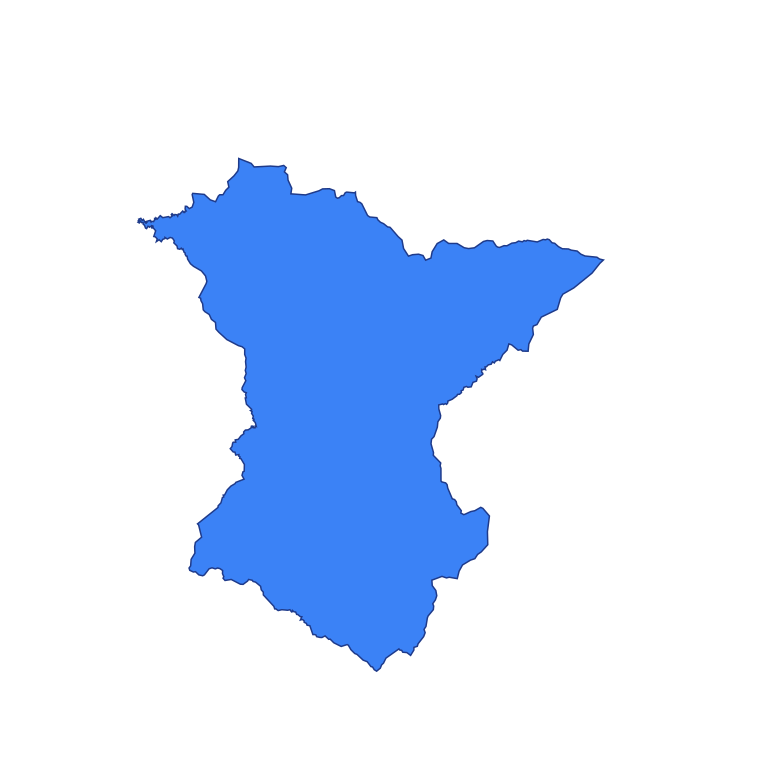 Villanueva, Bolívar, Colombia (orthographic projection), rotated 338°
{"feature_id": "7082276B78136311282892", "entity_name": "Villanueva", "entity_type": "district", "adm_level": 2, "iso_a3": "COL", "parent_name": "Colombia", "parent_adm1": "Bolívar", "projection": "orthographic", "projection_center": [-75.277, 10.445], "detail": "fine", "context": "isolated", "style": "filled", "palette": "blue", "viewbox_px": 768, "rotation_deg": 338, "n_neighbors": 0, "source": "geoboundaries", "source_scale": "gbopen_adm2", "svg_char_len": 6171}
<svg xmlns="http://www.w3.org/2000/svg" viewBox="0 0 768 768"><g transform="rotate(338 384 384)"><path d="M429.4,195.4L428.2,195.7L421.3,192.1L419.8,192.1L417.1,194.1L415.1,193.4L412.3,194.5L410.4,194.3L409.3,192.5L410.5,186.1L406.6,182.5L400.1,180.1L396.1,180.5L382.1,179.3L368.9,172.8L371.8,167.9L371.4,159.0L373.0,153.9L371.1,150.0L374.4,146.8L372.9,143.8L367.5,142.9L360.3,139.4L344.9,134.1L343.5,129.7L333.8,120.5L330.4,128.7L328.3,131.7L322.9,134.8L314.9,137.8L313.9,143.4L309.8,145.1L305.6,148.2L302.5,147.0L300.8,147.7L296.1,151.9L291.9,148.2L288.4,140.9L278.1,135.6L277.1,136.5L275.7,144.3L272.4,148.1L269.2,148.4L267.7,145.4L266.4,144.8L265.1,147.3L265.4,149.5L264.1,149.3L263.6,150.3L262.8,150.1L262.2,148.2L258.2,150.0L257.0,149.4L255.6,151.1L255.3,149.5L253.6,148.5L252.5,149.1L251.3,146.7L250.2,147.3L250.6,148.9L247.9,149.7L247.0,148.1L241.2,146.9L239.6,144.1L235.6,146.1L234.8,144.6L234.1,145.9L233.5,145.8L233.5,143.9L233.1,145.5L231.2,147.1L229.5,146.1L228.7,146.6L228.6,144.7L224.1,144.2L224.7,145.3L223.7,145.8L223.0,145.1L222.6,141.2L221.1,141.8L220.6,139.3L218.4,139.3L218.6,140.4L217.4,140.5L217.4,141.5L216.5,141.8L217.4,143.0L219.1,141.7L219.6,143.5L221.1,144.2L220.6,145.7L221.4,147.1L221.3,150.1L222.1,151.0L224.3,149.3L225.4,150.8L226.3,150.3L227.2,150.8L227.3,152.5L227.8,152.5L228.1,150.3L228.9,150.9L228.5,152.8L229.7,156.4L225.8,161.0L227.1,161.9L228.1,164.5L226.3,166.7L229.5,166.0L230.8,168.6L233.1,167.0L235.2,167.1L235.8,166.0L237.4,168.4L240.6,168.0L242.5,169.5L243.2,172.8L242.0,174.4L243.8,178.5L243.3,181.2L245.2,182.6L246.9,182.1L247.3,183.7L248.2,183.5L248.0,187.0L248.7,188.0L248.2,189.4L248.5,191.3L249.3,191.7L248.7,194.7L249.6,200.0L251.5,203.6L257.1,210.8L259.0,217.0L258.2,222.4L256.8,224.2L244.8,234.4L246.1,235.8L245.5,238.2L245.9,241.6L244.2,247.5L245.0,249.8L248.0,254.1L248.2,259.4L250.8,263.8L248.8,270.2L250.3,274.3L254.9,283.9L263.4,293.9L266.4,296.3L268.0,299.3L265.9,304.4L265.8,308.3L264.0,311.4L262.5,316.7L260.5,319.4L260.1,322.7L257.0,325.9L257.1,329.2L251.2,334.2L250.2,336.0L251.4,339.1L253.1,340.5L251.7,341.8L251.2,345.2L250.1,345.0L248.9,351.2L251.8,357.9L251.4,358.6L250.3,358.6L251.3,360.3L250.2,361.6L250.8,364.8L249.3,366.9L250.2,367.7L250.0,368.6L249.2,368.8L250.2,371.5L249.7,375.6L248.8,374.8L248.1,376.3L246.9,375.9L247.0,374.3L246.4,373.9L246.1,375.1L245.6,375.0L245.1,373.7L244.1,375.0L240.9,375.6L238.2,374.8L235.9,375.9L235.4,377.6L231.9,378.5L228.2,380.7L225.1,380.1L224.7,382.4L222.4,381.5L221.6,382.0L219.6,385.1L217.2,386.4L218.7,390.5L220.3,391.4L219.9,394.3L223.0,395.1L222.3,396.4L223.2,397.6L222.3,398.9L223.4,399.7L224.4,406.3L221.7,412.5L220.3,412.6L218.1,415.5L218.6,419.8L209.8,419.7L208.5,420.6L203.8,421.3L199.1,423.4L194.6,427.2L193.3,426.8L193.1,428.7L191.6,428.8L188.3,433.1L184.6,434.8L183.8,436.3L158.7,443.8L159.3,445.3L157.5,457.7L149.8,460.2L147.5,463.9L145.3,470.0L139.5,474.3L136.6,480.2L134.3,481.6L134.1,484.0L136.8,486.9L138.9,487.4L140.8,491.6L144.1,493.9L146.0,493.7L152.6,489.8L155.7,490.0L158.3,492.2L160.9,492.3L162.8,493.8L164.5,496.5L163.2,499.3L163.3,502.6L162.0,503.8L163.0,506.6L169.1,508.0L175.8,515.8L178.3,517.0L183.7,515.6L185.2,514.5L188.3,516.6L188.6,518.0L190.7,519.6L193.8,525.3L193.1,528.8L194.1,531.8L193.1,534.4L198.6,548.9L198.4,551.6L199.5,552.0L201.0,554.4L204.7,555.0L210.0,557.7L212.2,558.0L212.9,560.7L213.6,560.8L214.3,559.7L215.2,561.5L216.7,562.3L216.7,564.9L217.7,565.4L219.3,568.4L220.6,569.0L218.1,571.5L219.9,571.7L220.7,572.6L221.2,573.7L220.7,575.0L222.4,576.9L222.3,578.8L224.7,580.3L224.2,589.7L226.0,590.4L226.9,591.3L226.9,593.0L229.7,595.0L231.5,595.8L235.0,595.5L237.1,600.0L238.5,600.4L240.5,605.1L246.0,611.3L252.2,611.8L253.1,612.9L253.8,618.0L255.9,622.9L257.7,624.6L261.2,632.2L264.4,635.2L266.0,641.1L267.4,642.1L267.9,645.2L269.6,647.5L274.1,646.1L276.6,643.5L279.0,642.6L283.1,638.9L298.6,635.2L298.9,636.5L300.6,637.6L300.9,639.7L304.6,641.6L307.0,645.6L312.0,641.9L313.1,639.4L316.6,639.7L318.3,637.6L326.1,633.1L329.0,630.0L329.2,626.5L332.1,624.5L336.6,617.1L338.0,615.6L345.2,611.7L346.9,608.5L346.9,606.0L350.8,603.4L353.6,600.1L354.7,594.9L353.2,589.0L354.9,583.8L365.7,584.1L369.3,587.2L372.1,587.6L379.0,591.9L383.5,585.7L389.0,581.2L398.1,579.7L402.8,580.0L406.9,577.1L411.3,576.1L420.0,571.9L424.6,559.6L432.3,545.9L429.1,536.4L427.5,534.6L420.7,535.5L416.7,534.8L410.4,535.1L409.0,535.0L406.9,532.4L408.2,530.4L406.3,523.3L406.9,520.2L406.2,517.6L404.3,516.0L404.1,504.5L404.8,500.9L404.1,498.8L401.0,496.5L400.5,495.3L405.2,483.5L405.4,480.9L407.0,478.5L403.0,468.6L404.2,466.1L405.2,457.0L407.4,453.0L410.7,451.5L417.3,444.0L419.8,439.2L423.4,436.8L424.7,434.5L425.5,427.7L426.9,423.9L431.0,424.5L431.4,425.3L433.6,425.2L434.4,426.3L436.0,425.4L436.8,423.8L441.5,423.7L447.1,422.2L448.3,421.2L450.2,421.8L452.6,421.0L453.1,419.1L455.1,419.2L456.8,417.0L459.6,417.2L460.5,418.4L463.8,419.3L467.1,415.8L470.8,416.0L472.3,414.0L472.3,411.3L474.1,413.2L479.2,412.0L479.6,411.1L479.0,409.7L480.0,407.0L481.0,407.8L482.3,407.6L483.5,408.8L484.1,406.0L485.4,406.4L487.9,405.3L490.8,405.8L492.9,404.1L494.2,405.8L495.8,404.6L499.6,404.5L500.2,405.6L505.2,401.1L510.8,398.7L514.8,393.6L517.0,395.5L521.0,402.9L523.8,403.4L524.8,405.4L529.9,407.6L533.3,401.1L541.0,394.1L542.7,388.0L544.2,386.2L548.1,386.2L554.9,380.9L572.6,379.7L580.1,370.3L583.5,367.7L596.0,366.0L618.5,359.1L629.3,353.0L633.9,351.2L630.7,348.9L628.9,346.2L618.3,340.6L615.1,337.3L612.9,333.1L607.7,330.0L605.6,327.9L600.0,325.4L597.2,322.0L595.0,317.5L592.7,316.0L591.3,312.1L589.7,310.8L587.8,310.8L585.7,309.6L579.3,309.7L570.6,304.4L569.2,304.7L567.6,303.5L565.6,304.0L562.3,301.9L559.1,302.3L555.3,301.3L549.7,301.9L547.1,300.7L542.4,300.7L540.7,299.7L539.7,298.2L538.5,292.2L533.4,289.6L529.6,289.1L518.9,291.6L513.1,290.1L509.4,287.7L504.4,281.1L496.6,277.9L493.4,272.8L485.9,273.7L478.2,279.4L474.7,284.8L469.0,284.8L468.3,279.5L464.7,276.6L458.9,274.8L454.6,274.6L452.9,265.7L454.6,257.3L452.3,252.6L448.8,242.3L448.2,240.9L446.2,239.7L443.7,235.2L441.3,232.7L439.8,229.4L439.7,227.1L433.3,223.8L431.9,221.6L430.9,208.6L429.8,206.6L427.8,205.0L428.3,198.6L429.4,195.4Z" fill="#3b82f6" stroke="#1e3a8a" stroke-width="1.5"/></g></svg>